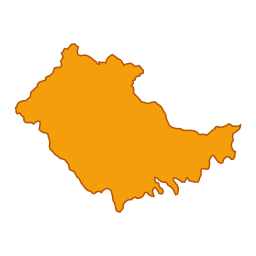 outline of Jacareí, São Paulo, Brazil
{"feature_id": "56859067B48226661076611", "entity_name": "Jacareí", "entity_type": "district", "adm_level": 2, "iso_a3": "BRA", "parent_name": "Brazil", "parent_adm1": "São Paulo", "projection": "orthographic", "projection_center": [-45.971, -23.296], "detail": "fine", "context": "isolated", "style": "filled", "palette": "amber", "viewbox_px": 256, "rotation_deg": 0, "n_neighbors": 0, "source": "geoboundaries", "source_scale": "gbopen_adm2", "svg_char_len": 3657}
<svg xmlns="http://www.w3.org/2000/svg" viewBox="0 0 256 256"><path d="M119.9,212.1L121.5,210.2L123.1,208.2L123.1,205.6L124.4,202.7L126.7,200.7L128.7,199.7L131.3,199.7L133.3,197.9L135.5,197.2L137.0,198.3L139.3,198.1L142.1,197.0L143.7,194.9L144.8,192.5L147.2,192.6L149.0,194.9L151.8,196.2L153.9,196.4L153.1,193.5L152.4,191.5L153.2,188.7L155.3,187.4L156.7,189.0L157.8,191.0L159.2,193.5L162.1,193.9L163.3,191.7L162.3,189.1L160.2,187.6L159.0,185.4L158.6,183.1L155.8,182.5L154.8,180.3L154.9,177.4L157.3,178.2L159.0,179.9L160.7,181.3L163.0,182.1L166.1,182.2L167.7,184.9L170.9,187.0L172.9,189.0L174.0,191.0L174.7,193.0L175.8,194.8L177.5,193.9L178.2,190.3L178.2,187.5L176.9,184.8L175.0,182.5L173.2,179.8L173.9,177.9L176.0,178.2L179.4,180.0L181.7,182.0L184.7,182.1L185.9,179.6L187.2,177.6L189.4,180.8L192.2,181.4L195.3,182.1L198.3,181.9L199.9,177.4L200.9,175.0L201.1,172.1L201.1,169.4L203.2,168.4L205.6,169.1L208.0,169.2L209.0,167.6L209.7,163.9L209.2,161.1L210.5,157.7L212.5,155.3L214.4,156.3L216.5,159.9L218.4,162.1L220.2,163.1L222.5,162.8L223.6,159.7L225.1,157.7L227.2,156.6L229.4,157.3L231.0,159.1L233.1,159.2L234.9,156.4L234.9,154.0L235.4,151.6L233.3,150.8L232.0,148.2L231.3,145.6L231.7,143.0L233.2,140.1L232.7,137.8L232.5,135.8L233.6,132.9L235.4,132.2L237.2,130.7L239.1,129.5L240.3,127.0L240.6,124.9L238.4,126.2L235.2,126.2L232.5,126.2L230.6,124.4L228.1,124.0L226.8,125.5L224.8,126.1L222.2,127.2L219.3,127.2L217.6,126.5L215.6,126.9L214.8,128.7L212.4,130.3L209.5,132.8L207.3,135.0L205.5,134.8L203.3,134.2L200.7,134.6L198.6,134.1L197.1,132.1L194.5,131.0L190.7,130.4L186.8,130.3L184.2,130.4L182.3,129.8L180.2,128.6L178.1,128.7L175.8,128.5L172.4,127.4L170.1,126.2L168.8,124.4L167.7,121.9L166.6,119.4L166.1,117.5L165.7,114.8L164.1,112.0L163.1,109.9L161.9,107.9L160.2,105.8L157.8,104.4L156.4,103.0L154.8,101.9L152.0,102.2L148.9,103.4L146.7,103.3L144.4,102.5L141.4,101.8L139.2,99.0L137.3,96.9L134.8,94.5L133.4,92.2L133.8,89.4L133.2,87.2L131.3,85.7L133.4,83.4L132.8,80.5L135.1,79.9L135.6,77.6L137.2,76.2L139.4,76.2L140.8,73.8L143.1,73.1L143.3,70.4L140.7,67.4L139.2,65.5L137.2,66.2L134.7,66.3L132.4,64.2L130.1,63.2L127.8,63.8L125.9,64.1L123.8,65.3L122.9,63.2L121.5,61.0L119.7,59.5L117.9,58.7L115.5,56.7L112.2,54.5L109.9,56.1L108.0,57.7L106.5,60.0L105.9,62.7L103.4,62.5L101.1,62.5L99.1,62.0L99.3,64.1L97.5,64.0L96.2,61.9L93.6,60.0L91.1,57.9L88.7,56.3L85.7,55.1L82.0,55.5L80.2,55.7L78.2,54.9L77.1,51.9L77.6,49.4L78.4,47.1L76.1,45.5L74.6,43.9L71.6,44.3L69.8,46.2L68.7,47.8L67.2,49.2L64.4,48.7L62.8,51.9L61.4,53.2L62.5,55.1L63.0,57.9L61.8,59.4L60.6,60.9L61.2,63.0L61.6,65.5L60.4,67.3L57.6,67.4L54.6,67.8L53.8,69.8L52.8,73.0L49.6,75.8L47.2,76.4L45.6,77.9L45.8,79.9L43.9,80.6L41.8,81.3L39.4,82.1L37.5,84.2L37.1,86.9L35.5,88.0L33.7,89.7L31.3,91.7L30.5,94.1L30.4,96.9L28.1,98.5L26.1,100.4L24.3,100.8L21.9,101.0L18.7,102.5L17.2,104.7L16.9,106.6L15.4,107.9L16.1,109.8L16.1,112.2L17.2,113.7L19.9,113.2L21.4,115.2L23.8,117.7L24.0,120.7L25.5,122.5L28.2,122.7L31.1,122.5L33.6,124.0L35.9,122.0L37.8,121.1L39.7,121.4L40.2,123.9L39.6,126.5L39.3,129.6L40.8,131.1L42.6,132.2L44.8,132.8L46.8,133.3L48.2,134.8L48.4,137.0L49.5,139.9L49.7,142.0L49.9,144.2L49.3,146.4L50.3,149.5L52.4,151.3L54.1,153.3L55.5,154.8L57.8,156.2L60.4,158.5L63.3,159.1L65.1,159.9L66.5,162.0L68.3,163.9L69.0,166.3L69.2,168.9L71.3,170.5L73.4,171.1L75.4,173.7L76.9,176.8L79.3,178.9L80.9,182.4L82.6,184.6L84.2,186.9L85.9,189.0L88.1,190.7L90.6,191.2L91.9,192.7L94.3,193.7L97.3,191.5L100.1,191.5L101.5,192.7L102.7,190.8L104.5,189.4L106.8,188.3L109.3,189.1L111.0,190.7L112.0,193.9L112.7,197.7L113.2,200.9L114.4,202.7L115.4,205.9L115.7,208.4L116.8,211.0L119.9,212.1Z" fill="#f59e0b" stroke="#b45309" stroke-width="1.5"/></svg>